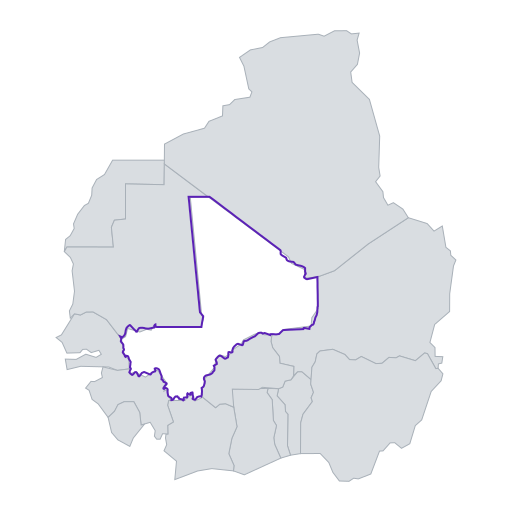 Mali highlighted, Robinson projection
{"feature_id": "MLI", "entity_name": "Mali", "entity_type": "country or territory", "adm_level": 0, "iso_a3": "MLI", "parent_name": "Africa", "parent_adm1": "", "projection": "robinson", "projection_center": [-5.437, 17.569], "detail": "fine", "context": "with_neighbors", "style": "outline", "palette": "violet", "viewbox_px": 512, "rotation_deg": 0, "n_neighbors": 13, "source": "natural_earth", "source_scale": "50m", "svg_char_len": 11371}
<svg xmlns="http://www.w3.org/2000/svg" viewBox="0 0 512 512"><path d="M164.5,160.2L164.1,184.7L125.5,183.9L125.5,219.0L114.4,220.2L111.4,227.3L113.4,247.1L66.9,247.0L64.3,251.6L65.6,239.4L70.2,235.7L74.2,228.5L73.5,223.9L77.7,214.2L84.4,205.5L88.4,203.3L91.7,195.3L92.1,188.0L96.6,179.5L104.5,174.5L112.6,160.2L164.5,160.2Z" fill="#d9dde1" stroke="#a8b0b8" stroke-width="1"/><path d="M66.9,353.1L62.1,342.4L56.1,337.5L61.4,334.9L74.5,313.8L80.4,315.0L86.3,312.0L93.0,311.9L106.5,319.6L121.5,339.1L124.3,355.4L128.8,359.3L129.2,368.9L117.4,370.4L108.8,367.0L80.7,366.3L67.1,369.6L65.3,359.1L76.2,359.4L85.8,354.2L96.1,357.4L101.3,354.3L98.9,350.3L91.2,352.6L86.5,349.2L82.7,349.4L80.0,352.7L66.9,353.1Z" fill="#d9dde1" stroke="#a8b0b8" stroke-width="1"/><path d="M64.3,251.6L66.9,247.0L113.4,247.1L111.4,227.3L114.4,220.2L125.5,219.0L125.5,183.9L164.1,184.7L164.3,163.9L208.3,197.1L190.3,197.3L201.7,315.6L203.7,317.3L201.1,326.9L153.0,327.1L151.2,330.2L146.6,329.3L139.8,332.0L127.6,328.5L125.6,336.6L121.5,339.1L106.5,319.6L93.0,311.9L86.3,312.0L80.4,315.0L74.5,313.8L70.3,318.2L69.4,310.9L72.8,304.1L74.5,291.2L72.1,270.8L73.4,264.0L70.4,257.5L64.3,251.6Z" fill="#d9dde1" stroke="#a8b0b8" stroke-width="1"/><path d="M300.5,453.6L290.5,455.2L287.5,445.8L287.9,414.3L285.5,411.5L285.0,404.7L277.1,395.9L278.6,388.7L282.7,387.1L285.1,381.1L291.0,379.8L297.6,371.7L301.9,371.7L311.1,379.6L310.7,384.1L313.5,392.3L311.1,397.8L312.4,401.5L303.0,414.2L300.7,422.8L300.5,453.6Z" fill="#d9dde1" stroke="#a8b0b8" stroke-width="1"/><path d="M442.3,226.0L445.9,247.3L450.4,250.9L450.8,255.3L455.9,260.0L453.5,265.9L449.7,293.7L449.6,311.5L434.7,324.4L429.9,342.5L435.0,347.6L435.1,356.4L442.8,356.7L441.8,363.1L438.4,363.9L438.1,368.3L435.8,368.6L427.4,353.6L424.6,353.0L415.4,360.7L399.5,355.9L396.1,357.8L389.0,357.4L382.0,363.3L375.9,363.6L361.3,356.5L355.6,359.9L349.5,359.6L344.9,354.5L332.8,349.3L320.0,351.0L316.9,353.9L315.2,361.8L311.9,367.3L311.1,379.6L301.9,371.7L297.6,371.7L293.6,375.7L293.8,366.4L279.9,363.2L279.5,356.6L272.7,347.7L271.0,341.4L271.9,334.8L279.6,334.2L284.0,329.4L311.0,326.0L311.9,317.6L318.3,308.4L317.8,276.8L334.5,270.7L368.4,243.8L408.3,217.7L427.2,223.6L434.0,231.1L442.3,226.0Z" fill="#d9dde1" stroke="#a8b0b8" stroke-width="1"/><path d="M300.5,453.6L300.7,422.8L303.0,414.2L312.4,401.5L311.1,397.8L313.5,392.3L310.7,384.1L311.9,367.3L315.2,361.8L316.9,353.9L320.0,351.0L332.8,349.3L344.9,354.5L349.5,359.6L355.6,359.9L361.3,356.5L375.9,363.6L382.0,363.3L389.0,357.4L396.1,357.8L399.5,355.9L415.4,360.7L424.6,353.0L427.4,353.6L435.8,368.6L438.1,368.3L442.9,373.8L441.1,380.8L431.2,391.4L421.7,419.9L415.3,425.6L409.8,443.7L401.5,448.3L394.7,442.7L390.1,442.9L383.0,450.9L379.5,451.1L370.8,474.0L358.3,478.9L353.7,478.2L349.0,481.3L339.4,481.0L332.9,472.4L328.8,462.5L320.2,453.5L300.5,453.6Z" fill="#d9dde1" stroke="#a8b0b8" stroke-width="1"/><path d="M278.6,388.7L277.1,395.9L285.0,404.7L285.5,411.5L287.9,414.3L287.5,445.8L290.5,455.2L280.8,458.1L274.8,444.6L273.8,437.8L276.5,425.5L273.4,420.5L272.2,399.7L267.1,392.6L268.0,388.4L278.6,388.7Z" fill="#d9dde1" stroke="#a8b0b8" stroke-width="1"/><path d="M268.0,388.4L267.1,392.6L272.2,399.7L273.4,420.5L276.5,425.5L273.8,437.8L274.8,444.6L280.8,458.1L244.3,474.8L233.5,470.9L234.0,465.5L228.8,453.7L231.9,438.3L237.0,426.7L232.1,396.9L232.3,389.1L268.0,388.4Z" fill="#d9dde1" stroke="#a8b0b8" stroke-width="1"/><path d="M168.6,400.6L185.2,400.4L187.5,396.4L193.0,395.2L194.9,401.0L202.7,397.3L215.6,407.7L219.8,404.2L225.5,403.7L233.7,407.2L237.0,426.7L231.9,438.3L228.8,453.7L234.0,465.5L233.5,470.9L211.8,468.6L197.5,471.0L174.8,479.6L176.5,461.2L164.0,450.8L166.7,444.7L165.5,438.0L166.0,434.1L167.9,434.0L167.7,425.4L173.4,421.9L167.6,405.2L168.6,400.6Z" fill="#d9dde1" stroke="#a8b0b8" stroke-width="1"/><path d="M103.0,366.9L117.4,370.4L129.2,368.9L129.9,373.9L134.9,372.0L145.4,377.1L155.5,370.3L157.9,370.7L166.9,383.2L163.9,391.2L166.5,389.9L168.0,391.5L167.4,395.6L171.0,399.5L168.6,400.6L167.6,405.2L173.4,421.9L167.7,425.4L167.9,434.0L162.6,433.7L160.1,439.2L156.7,439.2L154.4,436.2L155.2,430.7L150.2,422.3L141.1,425.0L139.7,412.4L133.8,401.7L124.2,401.7L118.0,404.6L114.5,411.3L108.1,417.4L98.2,403.9L92.1,399.4L89.1,390.3L85.6,388.1L91.0,381.4L94.6,381.6L102.4,377.5L101.4,373.0L103.0,366.9Z" fill="#d9dde1" stroke="#a8b0b8" stroke-width="1"/><path d="M108.1,417.4L114.5,411.3L118.0,404.6L124.2,401.7L133.8,401.7L139.7,412.4L141.1,425.0L144.4,424.2L133.3,438.0L129.8,446.4L117.9,439.9L111.6,432.5L108.1,417.4Z" fill="#d9dde1" stroke="#a8b0b8" stroke-width="1"/><path d="M202.7,397.3L201.9,389.3L205.1,383.5L204.9,378.8L214.4,367.5L216.2,358.1L219.4,354.7L225.3,356.6L230.3,353.8L231.9,350.3L241.2,344.1L243.5,339.8L254.7,334.2L261.2,332.2L264.3,334.8L271.9,334.8L271.0,341.4L272.7,347.7L279.5,356.6L279.9,363.2L293.8,366.4L293.6,375.7L291.0,379.8L285.1,381.1L282.7,387.1L278.6,388.7L262.4,387.3L258.6,389.5L232.3,389.1L233.7,407.2L225.5,403.7L219.8,404.2L215.6,407.7L202.7,397.3Z" fill="#d9dde1" stroke="#a8b0b8" stroke-width="1"/><path d="M164.3,163.9L164.5,144.1L183.4,134.0L204.5,128.2L209.0,121.3L222.5,115.9L222.9,105.8L229.6,104.6L234.8,99.5L249.9,97.2L251.9,91.9L248.8,88.9L243.9,66.1L239.5,57.4L250.4,49.9L262.6,47.5L269.7,41.9L280.5,37.7L318.3,34.2L324.1,36.2L334.5,30.8L346.6,30.7L351.4,33.9L359.1,33.1L357.1,40.1L359.6,53.1L357.4,64.4L350.7,72.0L352.1,82.4L369.4,99.4L379.7,136.1L378.7,167.4L380.1,176.0L375.6,181.7L382.9,191.7L383.5,197.6L387.9,205.2L393.4,202.7L402.9,209.1L408.3,217.7L368.4,243.8L334.5,270.7L317.8,276.8L304.6,278.2L304.4,269.5L291.4,263.3L288.5,256.9L164.3,163.9Z" fill="#d9dde1" stroke="#a8b0b8" stroke-width="1"/><path d="M130.7,369.4L130.8,368.4L130.0,367.6L130.0,367.3L130.1,366.3L130.4,364.3L130.4,363.5L130.7,362.0L130.2,361.3L130.1,360.8L129.5,360.0L128.9,358.9L128.7,358.0L128.5,357.2L127.8,356.1L127.4,356.0L126.4,355.8L126.2,356.2L125.8,356.7L125.5,356.9L124.9,356.2L124.7,355.6L124.7,355.1L124.0,354.2L122.8,352.5L123.0,351.2L123.7,350.4L123.9,349.9L124.0,349.2L123.6,348.5L123.3,347.9L123.4,346.5L123.3,344.7L122.7,343.7L122.2,343.1L121.4,342.3L120.8,341.2L121.1,339.7L121.3,338.6L120.2,336.4L122.3,337.3L122.6,337.0L123.3,336.5L124.3,335.4L125.1,333.9L125.5,332.0L125.7,330.4L126.1,329.1L126.5,328.0L127.5,326.8L128.5,325.9L129.6,325.1L130.2,325.2L131.3,326.4L133.6,328.9L135.5,330.7L136.2,331.7L136.9,331.7L137.8,329.9L138.8,328.4L139.3,328.0L140.6,327.8L141.7,327.8L142.7,327.8L144.5,328.1L145.3,328.4L146.1,328.5L148.3,328.7L150.5,328.3L152.7,327.8L154.2,327.5L154.3,326.8L154.2,325.9L154.5,325.3L155.0,324.7L155.4,324.5L155.6,326.6L156.1,326.9L157.5,327.0L159.7,327.0L162.2,327.0L164.6,327.0L167.1,327.0L169.5,327.0L172.0,327.0L174.4,327.0L176.8,327.0L179.3,327.0L181.7,327.0L184.2,327.0L186.6,327.0L189.1,327.0L191.5,327.0L193.9,327.0L196.4,327.0L198.8,327.0L201.4,327.0L202.0,323.0L202.7,319.3L203.2,316.2L201.4,314.0L200.0,312.3L199.6,309.0L199.3,305.6L199.0,302.2L198.6,298.8L198.3,295.4L198.0,292.0L197.6,288.5L197.3,285.1L196.9,281.7L196.6,278.3L196.3,274.9L195.9,271.5L195.6,268.1L195.3,264.7L194.9,261.3L194.6,257.9L194.3,254.5L193.9,251.1L193.6,247.6L193.3,244.2L192.9,240.8L192.6,237.4L192.3,234.0L191.9,230.6L191.6,227.2L191.3,223.8L190.9,220.4L190.6,217.0L190.3,213.6L189.9,210.2L189.6,206.7L189.3,203.3L188.9,199.9L188.6,196.8L192.3,196.8L196.1,196.8L199.9,196.8L205.4,196.8L209.5,196.8L213.1,199.4L216.4,201.9L220.2,204.8L224.1,207.8L228.0,210.7L231.9,213.6L235.7,216.6L239.6,219.5L243.5,222.4L247.4,225.4L251.3,228.3L255.2,231.2L259.1,234.2L263.0,237.1L266.9,240.0L270.8,243.0L274.7,245.9L278.6,248.8L280.4,250.2L280.6,250.7L280.7,251.8L280.6,253.0L280.7,254.1L281.2,254.7L282.2,255.5L286.0,257.7L286.3,258.1L286.4,259.0L286.9,260.1L287.7,260.7L288.7,261.2L289.8,261.5L293.3,261.9L294.0,262.4L295.5,264.4L296.3,264.8L298.7,265.4L300.3,265.7L301.0,265.9L302.5,266.4L304.2,267.3L305.1,268.1L305.1,268.4L305.1,269.1L305.1,271.3L305.4,272.5L305.7,273.3L305.7,273.9L305.3,274.2L305.0,274.7L304.8,275.3L304.4,276.1L304.0,276.9L304.2,277.6L304.8,278.0L305.8,278.8L306.6,279.1L307.0,279.2L307.5,279.1L308.0,279.0L310.9,278.4L313.6,277.8L317.4,277.0L317.4,279.4L317.5,283.0L317.5,287.1L317.6,290.8L317.7,295.0L317.7,298.4L317.8,302.4L317.8,306.4L317.5,306.9L317.4,309.2L317.3,312.1L316.6,315.2L315.4,317.5L314.9,319.6L314.6,320.8L314.1,321.5L314.0,322.3L313.8,323.4L313.4,324.2L313.1,324.6L311.8,325.0L309.6,327.2L309.4,328.9L306.8,328.4L304.1,327.9L303.7,328.0L303.4,329.1L299.6,329.3L296.4,329.4L292.4,329.6L289.7,329.7L286.2,329.9L283.0,330.1L280.9,332.1L279.0,334.0L278.8,334.0L276.1,334.4L272.6,334.1L270.9,334.1L270.2,334.3L270.1,335.0L267.5,334.0L264.6,333.0L262.6,333.6L262.3,333.4L262.0,333.0L261.0,332.7L259.4,332.8L258.3,333.1L256.6,334.7L255.2,336.0L254.9,336.3L253.0,337.1L249.6,338.9L247.6,340.3L247.1,340.5L246.3,340.8L244.9,340.9L243.8,341.3L242.8,344.8L242.1,345.2L238.0,343.8L237.2,344.0L236.5,344.4L234.2,346.5L233.0,348.2L232.4,350.4L232.5,351.1L232.5,351.9L232.1,352.3L231.6,352.5L231.1,352.5L229.1,352.0L228.5,352.2L228.3,353.3L228.3,355.7L227.9,357.4L226.8,357.9L225.9,358.5L225.2,358.7L224.6,358.6L221.3,356.1L220.2,355.7L218.9,356.0L217.7,357.0L217.2,357.7L216.4,358.5L215.6,359.6L215.8,360.5L216.4,361.6L216.8,362.9L216.8,364.0L213.8,365.7L214.0,366.3L214.5,367.0L214.5,368.2L214.4,370.3L213.8,371.1L213.0,371.8L212.5,372.8L212.0,373.3L211.1,373.9L210.0,374.5L207.9,375.0L206.2,375.4L205.6,375.7L204.8,376.4L204.1,377.3L203.9,378.2L204.0,379.3L204.3,380.1L204.6,380.7L204.8,381.5L204.5,383.5L203.9,385.8L203.3,386.8L202.4,387.4L201.6,388.0L201.9,389.6L202.0,391.8L201.8,393.5L201.8,394.6L201.4,395.7L201.2,396.5L200.8,396.3L199.2,396.4L197.4,397.0L196.7,397.5L196.6,398.1L196.2,398.6L195.6,399.1L195.1,399.7L194.1,399.6L193.1,399.2L192.6,398.8L192.6,398.5L192.9,397.9L193.2,397.3L193.2,396.8L192.9,395.8L192.6,394.7L192.7,394.1L192.5,392.5L192.3,392.4L191.1,392.8L190.6,392.9L190.4,393.1L190.3,393.4L190.6,394.5L190.4,394.7L189.7,394.6L188.7,394.3L187.6,393.3L187.3,393.6L187.2,394.4L187.2,395.3L187.4,397.0L187.1,397.5L186.4,397.4L185.4,397.4L184.6,397.6L184.0,397.6L183.7,398.2L183.5,398.9L183.9,399.6L183.8,399.9L183.6,400.2L183.2,400.4L182.2,399.5L181.2,399.2L179.1,398.8L178.8,397.7L178.4,397.7L177.9,397.1L177.4,396.3L177.0,396.3L176.7,396.6L175.5,396.5L174.4,397.6L173.6,399.1L172.8,399.8L171.9,400.1L171.5,400.1L171.7,399.2L171.6,398.5L171.3,397.9L168.6,396.3L168.2,395.7L167.8,393.9L167.5,392.1L167.5,391.0L167.7,390.1L167.6,389.3L167.3,388.8L166.5,388.2L165.7,388.0L164.6,388.7L164.1,388.8L163.6,388.8L163.4,388.5L163.4,388.1L164.6,386.2L165.2,385.4L165.8,384.8L166.3,384.5L166.6,384.0L166.6,383.6L166.5,383.3L165.8,383.0L164.6,382.1L164.0,382.0L163.4,381.6L162.9,380.2L162.6,379.9L162.1,379.7L161.5,379.4L161.6,377.6L161.6,376.0L160.5,373.4L160.0,371.8L159.4,370.2L158.9,369.4L158.0,368.8L156.8,368.3L155.8,368.2L155.1,368.4L154.7,368.6L154.7,368.9L155.3,369.9L155.4,370.5L155.3,371.0L155.1,371.4L154.6,371.5L153.6,371.8L152.4,372.4L151.5,373.0L150.8,374.3L150.4,374.5L149.6,374.3L147.3,373.3L145.4,372.5L144.1,372.0L143.3,372.3L142.9,372.5L141.8,373.0L140.3,375.1L139.9,375.7L139.6,375.9L139.2,376.3L138.9,376.3L138.5,376.1L138.5,375.9L137.7,374.5L136.9,372.8L136.2,372.1L135.3,372.1L134.6,372.6L133.8,373.6L132.8,374.6L132.2,374.9L131.7,374.7L130.4,373.5L129.5,372.6L129.3,372.2L129.7,371.5L130.0,370.5L130.4,369.7L130.7,369.4Z" fill="none" stroke="#5b21b6" stroke-width="2"/></svg>